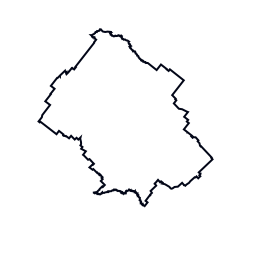 Loddon, Victoria, Australia (Albers equal-area conic projection), rotated 308°
{"feature_id": "25037944B85643834616367", "entity_name": "Loddon", "entity_type": "district", "adm_level": 2, "iso_a3": "AUS", "parent_name": "Australia", "parent_adm1": "Victoria", "projection": "albers", "projection_center": [143.84, -36.404], "detail": "fine", "context": "isolated", "style": "outline", "palette": "ink", "viewbox_px": 256, "rotation_deg": 308, "n_neighbors": 0, "source": "geoboundaries", "source_scale": "gbopen_adm2", "svg_char_len": 5699}
<svg xmlns="http://www.w3.org/2000/svg" viewBox="0 0 256 256"><g transform="rotate(308 128 128)"><path d="M56.0,140.9L56.4,141.3L56.1,142.0L56.9,142.6L57.0,143.2L57.5,143.6L57.4,143.8L57.7,143.8L57.3,144.4L57.3,144.7L57.9,144.8L57.8,145.6L58.3,146.0L58.2,146.4L58.6,147.0L59.7,147.3L60.2,147.1L61.3,147.3L60.7,147.9L61.7,148.4L62.2,149.2L63.0,149.5L64.2,150.6L64.7,150.8L65.0,151.5L66.0,151.3L66.1,151.6L66.0,152.1L66.6,152.2L68.0,153.8L69.2,154.0L69.5,154.5L70.9,154.8L70.9,155.0L70.6,155.4L71.6,155.8L71.6,156.6L72.1,156.8L72.0,157.3L72.2,157.6L71.9,158.3L72.2,158.6L72.2,159.0L72.8,159.4L73.2,160.2L73.2,160.4L73.5,160.8L73.1,161.1L73.1,161.5L73.4,161.5L73.6,162.0L73.3,162.0L73.0,162.4L73.1,162.7L72.8,162.8L73.0,163.2L73.5,163.3L73.1,163.7L73.2,163.8L73.5,163.8L73.7,164.0L73.4,164.3L73.3,164.7L73.9,164.6L74.0,165.3L74.7,165.4L74.7,166.1L75.1,166.5L75.3,166.3L75.2,166.0L75.7,165.9L76.4,165.4L76.9,165.3L77.0,165.7L77.4,165.6L77.5,165.8L77.7,165.7L77.8,166.1L78.8,166.7L79.5,166.7L80.0,166.7L79.8,167.2L79.9,167.4L80.1,167.4L80.1,168.0L80.5,168.2L80.2,168.4L80.3,168.8L80.1,168.9L80.3,169.2L80.8,169.3L80.7,169.8L81.0,170.0L80.8,170.2L81.1,170.8L81.4,170.7L81.8,171.2L81.6,171.7L81.8,171.9L81.7,172.2L82.3,172.3L82.0,172.5L82.2,172.9L82.0,173.0L82.4,173.2L82.3,173.5L81.9,174.0L82.2,174.2L82.1,174.5L81.8,174.8L82.1,175.3L81.8,175.3L81.5,175.7L81.6,176.0L81.4,176.2L81.2,176.3L81.6,176.7L81.5,176.8L81.5,177.4L80.9,177.5L80.7,178.1L80.4,178.1L80.6,178.5L80.5,178.8L80.3,179.0L80.1,179.5L80.3,180.3L79.0,181.3L78.5,181.5L78.6,182.1L78.3,182.1L78.4,182.7L77.6,183.4L77.8,183.4L77.9,183.7L77.4,184.0L77.3,184.4L76.8,184.6L76.5,185.2L76.7,185.3L76.6,185.6L76.8,185.5L77.0,185.8L77.0,186.1L77.3,186.3L76.4,187.4L76.4,187.9L76.8,188.1L76.8,188.4L77.0,188.8L76.9,189.2L81.4,189.2L81.4,186.7L87.5,186.6L88.3,186.7L88.3,186.9L88.7,187.0L89.0,186.5L91.6,186.8L92.3,184.6L99.9,185.7L100.0,185.2L100.5,184.4L100.4,183.3L100.5,183.2L102.6,183.5L105.6,183.6L105.0,186.7L106.3,186.9L106.2,188.1L106.3,188.1L106.3,188.4L106.1,188.3L106.0,189.4L105.3,189.3L106.3,191.4L106.5,192.1L107.1,196.8L106.7,198.6L106.8,199.4L107.1,199.8L107.9,200.3L110.2,201.0L112.3,203.2L112.4,203.4L118.1,204.4L117.6,206.9L117.7,207.4L117.5,207.5L117.8,208.1L117.8,208.7L119.4,208.9L122.5,209.9L124.2,209.8L130.3,210.9L130.7,211.7L132.0,211.8L131.6,214.3L132.5,214.4L134.5,214.7L134.7,213.3L136.1,213.5L136.7,213.2L136.4,212.7L136.6,211.1L155.3,213.9L155.5,212.7L155.9,212.7L156.0,211.8L156.3,211.8L158.6,196.8L158.2,196.7L158.4,195.6L160.0,193.7L160.4,191.1L161.6,191.1L162.3,187.0L161.2,185.5L161.2,185.1L160.1,184.9L160.4,182.9L161.3,183.0L161.3,178.2L161.2,178.0L161.3,178.0L161.3,172.9L169.3,172.9L169.3,170.4L171.4,170.4L171.4,165.4L177.5,165.4L177.1,164.1L176.1,159.1L174.5,156.2L175.6,149.0L179.6,149.0L179.7,147.6L180.4,147.6L181.1,142.6L199.9,142.6L200.0,124.9L198.0,124.9L198.0,122.4L198.3,122.4L198.3,114.9L191.3,114.9L191.4,103.5L190.3,102.2L190.5,101.9L190.2,101.1L190.5,100.9L189.9,100.3L189.9,99.4L189.7,99.2L190.2,98.8L189.9,98.2L190.2,97.7L189.8,97.3L189.3,97.1L189.4,96.5L189.9,96.1L189.8,95.8L189.9,95.3L189.8,95.0L190.0,94.6L189.8,94.4L190.1,93.5L190.1,93.0L190.5,92.4L190.9,92.2L191.0,91.7L191.0,91.0L190.7,90.6L191.3,90.0L191.5,89.4L191.4,89.2L191.5,88.4L191.4,88.1L191.7,87.7L191.9,87.7L192.0,87.4L192.5,86.8L192.6,86.3L192.1,86.2L191.9,85.4L192.1,84.5L192.0,84.3L191.7,84.3L191.9,83.9L192.2,83.7L192.0,82.9L192.2,81.9L192.5,81.6L192.4,81.1L192.7,80.7L192.5,80.3L192.8,80.1L192.9,79.6L193.4,79.7L193.4,79.2L194.4,79.7L194.4,79.0L194.9,78.5L194.8,77.9L195.1,77.9L195.3,77.7L195.3,77.3L195.0,77.0L195.3,76.2L196.2,75.3L196.7,75.5L196.7,74.7L196.6,73.7L196.0,72.8L195.9,71.0L195.0,70.4L195.0,69.7L195.2,69.2L195.0,68.6L194.7,68.5L195.1,67.6L195.4,67.5L195.4,67.1L195.9,67.0L196.1,66.6L196.6,66.6L196.6,66.2L196.2,66.0L196.2,65.7L196.4,65.5L196.1,65.3L195.7,65.4L195.4,65.3L195.3,64.9L195.5,64.3L195.2,64.1L195.1,63.4L194.8,63.5L194.6,63.2L194.2,63.1L193.2,62.1L193.1,61.4L192.9,61.1L192.3,61.1L191.9,60.8L191.8,60.4L191.3,60.1L191.2,58.9L190.8,58.5L190.9,57.8L191.3,57.8L191.3,57.6L190.9,56.8L191.1,56.6L191.4,56.7L191.5,55.9L192.1,56.0L192.1,55.5L192.6,55.7L192.4,55.2L193.0,55.1L191.4,52.6L189.6,50.9L188.6,48.9L188.5,48.5L189.0,45.9L188.8,45.8L188.5,45.1L188.2,45.1L187.8,45.2L187.6,45.5L187.1,45.6L185.8,44.6L185.4,43.9L185.0,43.9L184.4,44.3L183.9,43.5L183.5,43.3L182.5,43.7L181.7,43.3L180.9,43.3L179.8,42.6L179.1,42.6L178.4,41.7L178.3,42.6L178.2,43.0L177.8,43.4L177.9,44.2L177.8,44.6L178.2,44.7L178.1,45.1L178.5,45.4L178.3,45.5L178.5,45.8L178.3,45.9L178.3,46.3L178.0,46.5L178.3,46.8L178.0,47.6L178.0,48.5L174.6,48.5L174.3,48.9L143.6,48.9L143.7,49.5L141.0,49.5L141.0,47.3L140.5,47.3L140.5,46.8L136.7,46.8L136.7,46.7L134.7,46.7L132.5,46.4L132.6,46.2L132.8,46.2L133.1,45.5L133.3,45.5L133.5,45.1L134.3,44.8L133.7,44.3L133.8,43.8L134.0,43.6L134.0,43.3L134.2,43.1L127.5,42.1L127.1,42.4L127.2,42.1L124.0,41.7L123.8,41.3L113.7,41.3L113.7,46.0L107.1,45.9L107.1,46.4L98.1,46.4L98.2,52.4L85.4,52.5L83.4,53.5L78.1,53.5L78.1,54.9L79.0,54.9L79.1,75.5L83.2,75.4L83.2,81.0L82.6,81.0L82.3,81.2L82.2,81.6L82.2,82.1L82.9,83.2L83.2,84.2L83.5,84.2L83.6,87.9L86.8,88.0L86.1,93.1L88.6,93.5L88.3,96.0L91.3,96.4L90.2,96.9L88.1,99.5L86.9,100.6L86.3,101.0L85.0,101.2L85.0,103.8L82.8,103.9L83.7,109.1L79.2,109.1L79.2,110.3L78.4,116.1L79.8,116.8L79.5,118.9L79.4,118.9L78.8,123.2L77.3,123.0L77.3,122.5L73.2,121.9L73.3,125.8L74.3,126.0L73.6,131.3L74.0,131.3L73.6,133.8L74.3,133.8L74.1,135.4L73.5,135.3L73.8,136.2L73.6,137.9L73.0,137.8L73.0,138.3L72.3,138.2L72.1,139.5L69.5,139.2L68.8,144.8L66.0,144.5L66.2,143.7L62.4,143.2L61.7,143.5L61.5,143.3L58.4,142.9L56.1,140.8L56.0,140.9Z" fill="none" stroke="#020617" stroke-width="2"/></g></svg>